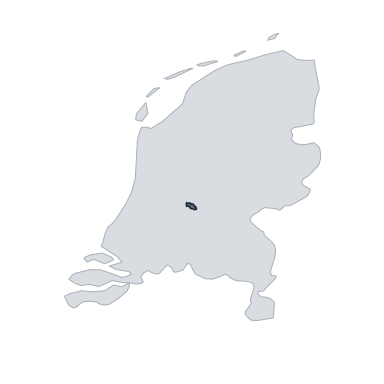 location of Bunnik, Utrecht, Netherlands, rotated 349°
{"feature_id": "6326949B29533693769224", "entity_name": "Bunnik", "entity_type": "district", "adm_level": 2, "iso_a3": "NLD", "parent_name": "Netherlands", "parent_adm1": "Utrecht", "projection": "natural_earth1", "projection_center": [5.219, 52.039], "detail": "fine", "context": "in_parent", "style": "filled", "palette": "slate", "viewbox_px": 384, "rotation_deg": 349, "n_neighbors": 0, "source": "geoboundaries", "source_scale": "gbopen_adm2", "svg_char_len": 4596}
<svg xmlns="http://www.w3.org/2000/svg" viewBox="0 0 384 384"><g transform="rotate(349 192 192)"><path d="M247.8,331.1L240.1,330.9L232.8,330.7L229.0,330.2L224.9,328.7L223.0,325.7L220.8,322.0L221.4,319.8L228.1,313.4L229.2,311.6L228.5,310.7L229.1,307.9L234.3,298.4L235.0,294.5L232.6,291.9L229.3,290.3L218.4,287.5L213.2,283.5L210.8,280.0L208.3,279.0L204.8,280.2L195.7,281.5L188.4,279.6L179.7,273.1L177.7,267.2L176.6,262.7L174.5,261.2L171.6,263.5L167.9,267.1L160.6,267.6L158.5,266.7L158.2,264.7L157.8,262.7L155.8,260.4L153.6,259.0L144.4,265.8L140.9,265.7L136.6,263.2L134.5,260.6L129.7,262.1L125.5,265.2L126.9,271.1L124.6,272.1L119.3,271.6L113.4,269.2L106.8,267.7L96.8,263.7L82.7,267.0L73.0,263.0L64.9,262.6L59.9,259.5L54.5,254.2L58.4,250.7L62.1,249.5L77.0,248.8L87.7,251.0L107.0,262.5L111.9,262.4L117.1,260.9L114.5,257.8L109.6,256.3L102.4,253.2L96.7,248.9L110.2,247.5L108.4,245.2L106.6,241.4L92.5,228.0L94.9,224.4L98.5,216.7L103.0,210.2L106.6,208.5L112.4,204.0L125.1,190.6L133.2,179.8L139.2,166.9L148.1,131.4L150.7,125.4L154.9,118.7L160.2,120.0L163.9,121.9L176.9,116.9L199.2,103.8L205.8,92.5L212.2,87.2L237.8,77.0L251.9,73.9L273.7,73.1L289.5,71.3L308.4,70.6L315.7,77.0L319.9,81.6L326.6,84.1L337.1,85.9L336.6,95.1L336.8,113.1L336.1,116.3L331.4,124.0L326.6,137.7L325.3,146.7L323.8,148.4L303.9,148.4L301.1,149.9L300.7,151.9L301.7,154.2L301.3,156.5L299.7,158.4L300.6,161.4L304.1,164.8L310.4,166.9L317.1,167.1L320.6,166.7L323.2,169.1L325.7,172.9L325.6,177.6L324.6,183.9L321.5,189.8L312.3,196.5L308.2,198.9L304.3,200.1L302.5,201.9L301.7,204.2L301.9,206.2L308.5,211.6L308.3,212.8L306.4,215.7L303.9,218.3L287.0,223.8L280.0,223.4L276.0,226.1L274.8,226.7L270.3,224.1L260.4,221.2L256.7,222.2L254.6,223.8L248.4,225.8L244.0,228.8L244.0,232.7L251.9,242.8L254.7,244.8L254.8,248.6L258.7,253.3L262.6,259.2L263.1,263.0L262.6,266.8L260.6,272.3L253.8,285.0L253.8,287.4L254.4,289.3L256.7,289.8L258.5,290.7L258.0,292.4L245.2,301.2L243.5,302.8L238.1,302.4L237.3,303.8L238.1,306.2L240.2,308.3L244.8,309.4L248.7,311.6L251.9,316.0L247.8,331.1ZM113.4,269.2L112.3,272.9L109.3,276.9L99.2,282.7L88.7,286.6L83.3,286.1L79.6,284.1L77.6,282.0L72.0,280.0L64.3,278.9L59.5,281.1L56.0,283.2L53.1,282.9L50.8,281.1L49.1,278.5L46.9,270.0L52.7,268.5L65.1,267.9L74.7,270.9L87.4,272.3L97.1,268.3L104.7,271.7L113.4,269.2ZM92.6,234.9L100.0,240.2L101.5,241.9L102.1,243.7L92.7,245.8L82.7,239.3L76.1,240.9L73.6,237.8L73.6,235.9L80.5,234.2L92.6,234.9ZM163.8,106.3L156.3,113.1L151.8,111.2L150.5,109.6L152.8,104.3L163.8,95.4L163.8,106.3ZM196.7,76.0L189.8,76.7L186.6,75.4L203.4,71.6L214.1,70.4L216.0,70.9L196.7,76.0ZM241.9,68.9L227.2,70.5L222.2,69.3L221.4,68.2L225.4,67.5L238.0,67.4L241.9,68.3L241.9,68.9ZM180.5,83.4L166.6,90.5L165.4,89.4L174.4,83.2L180.5,83.4ZM302.2,57.1L295.3,57.4L297.2,54.8L303.6,52.9L307.1,52.9L302.2,57.1ZM272.2,63.9L261.7,67.2L259.2,66.5L259.8,65.6L269.0,63.5L272.2,63.9Z" fill="#d9dde1" stroke="#a8b0b8" stroke-width="1"/><path d="M190.6,209.8L190.8,209.7L191.1,209.7L191.3,209.7L191.5,209.6L191.8,209.6L192.2,209.4L192.3,209.4L192.3,209.5L192.4,209.8L192.5,209.8L192.8,209.9L193.0,209.8L193.1,209.7L193.0,209.4L193.0,209.2L193.1,208.9L193.3,208.8L193.3,208.7L192.7,208.3L192.7,208.1L192.6,207.9L192.4,207.7L192.1,207.3L192.3,207.2L192.7,207.0L192.6,206.9L192.4,206.8L192.3,206.7L192.2,206.7L191.9,206.6L191.7,206.5L191.6,206.4L191.7,206.2L191.4,206.0L191.3,205.9L191.2,205.9L191.1,205.7L191.1,205.4L191.2,205.2L190.9,205.1L191.0,205.1L191.0,204.9L191.1,204.7L191.2,204.4L191.2,204.5L191.2,204.4L191.1,204.2L190.9,204.1L190.5,204.0L190.4,204.0L190.1,204.0L189.9,204.0L189.2,203.9L188.8,203.9L188.7,203.9L189.0,203.6L189.2,203.4L188.9,203.2L189.0,203.2L188.7,203.1L188.5,202.9L188.2,202.8L187.9,202.6L187.7,202.5L187.6,202.4L187.4,202.2L187.3,202.3L187.2,202.3L187.1,202.2L186.8,202.1L186.7,202.1L186.4,202.2L186.2,202.2L185.9,202.3L185.7,202.1L185.4,202.1L185.2,202.1L184.9,202.2L184.7,202.2L184.4,202.0L184.4,201.9L184.3,202.0L184.3,202.3L184.2,202.3L184.1,202.5L184.0,202.8L184.0,203.0L184.3,203.2L184.2,203.4L184.1,203.5L184.1,203.9L184.1,204.0L183.9,204.1L183.8,204.3L184.0,204.6L184.1,204.9L184.3,205.3L185.7,205.2L185.9,205.3L186.4,205.4L186.5,205.5L186.6,205.8L186.5,206.0L186.7,206.3L186.8,206.3L186.9,206.2L187.0,206.1L187.1,206.3L187.3,206.4L187.4,206.6L187.3,206.9L187.3,207.0L187.2,207.2L187.2,207.3L187.3,207.3L187.3,207.5L187.5,207.6L187.5,207.8L187.5,208.0L187.8,208.0L188.0,208.1L188.4,208.1L188.5,208.2L188.8,208.2L188.9,208.3L189.0,208.3L189.5,208.6L189.7,208.8L189.8,208.8L189.9,209.1L190.0,209.2L190.1,209.3L190.4,209.5L190.5,209.7L190.6,209.8Z" fill="#64748b" stroke="#1e293b" stroke-width="1.5"/></g></svg>